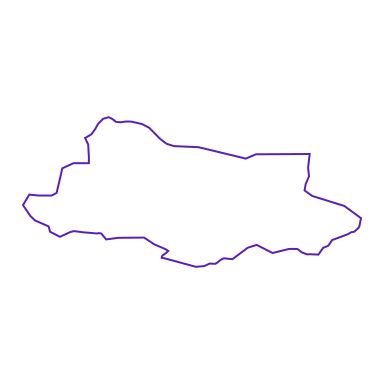 map outline of Aluksne (Equal Earth projection)
{"feature_id": "LVA-1076", "entity_name": "Aluksne", "entity_type": "Municipality", "adm_level": 1, "iso_a3": "LVA", "parent_name": "Latvia", "parent_adm1": "", "projection": "equal_earth", "projection_center": [27.1, 57.427], "detail": "fine", "context": "isolated", "style": "outline", "palette": "violet", "viewbox_px": 384, "rotation_deg": 0, "n_neighbors": 0, "source": "natural_earth", "source_scale": "10m", "svg_char_len": 1169}
<svg xmlns="http://www.w3.org/2000/svg" viewBox="0 0 384 384"><path d="M108.7,117.2L112.5,119.1L115.9,121.8L120.6,122.3L126.0,121.5L131.3,121.6L141.9,124.0L149.1,127.7L160.4,139.1L166.6,143.8L173.9,146.1L198.5,147.2L245.8,158.6L255.9,154.3L309.7,154.0L308.1,167.5L309.0,176.3L305.7,184.0L304.6,190.5L312.3,196.0L344.4,206.0L361.0,218.2L359.2,227.0L357.2,229.2L354.2,231.7L351.1,232.3L348.1,234.1L332.1,240.1L328.2,245.8L323.2,247.8L318.4,254.6L309.6,254.2L307.2,254.4L301.9,252.4L297.4,249.0L289.3,248.9L272.5,253.0L256.7,244.9L247.8,247.7L232.4,259.2L223.9,258.3L221.7,259.3L219.6,260.6L218.0,262.1L215.4,263.8L209.5,263.6L204.3,266.1L195.8,266.8L164.9,258.4L161.7,257.8L161.9,256.7L162.5,255.5L166.1,253.0L168.2,250.9L166.0,249.4L154.0,244.2L144.1,237.6L118.6,237.8L106.1,239.4L101.3,233.5L100.1,233.3L98.5,233.1L97.3,233.5L83.2,232.3L74.1,231.1L70.1,232.1L60.0,236.8L50.0,231.7L49.7,230.4L48.6,226.4L34.9,220.4L30.3,215.9L23.0,205.1L29.3,194.6L38.4,195.5L51.7,195.5L56.6,192.9L60.2,177.6L62.3,168.3L73.5,163.2L88.9,163.2L88.9,157.2L88.2,144.5L85.1,138.0L91.4,134.3L95.1,129.2L98.2,123.7L103.0,118.9L108.7,117.2Z" fill="none" stroke="#5b21b6" stroke-width="2"/></svg>